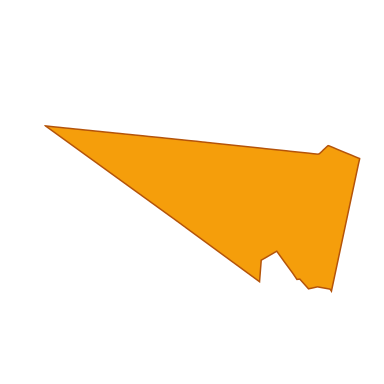 an SVG outline of Hodh ech Chargui, rotated 282°
{"feature_id": "MRT-2796", "entity_name": "Hodh ech Chargui", "entity_type": "Region", "adm_level": 1, "iso_a3": "MRT", "parent_name": "Mauritania", "parent_adm1": "", "projection": "mercator", "projection_center": [-6.332, 19.309], "detail": "fine", "context": "isolated", "style": "filled", "palette": "amber", "viewbox_px": 384, "rotation_deg": 282, "n_neighbors": 0, "source": "natural_earth", "source_scale": "10m", "svg_char_len": 1834}
<svg xmlns="http://www.w3.org/2000/svg" viewBox="0 0 384 384"><g transform="rotate(282 192 192)"><path d="M226.2,34.9L226.6,38.9L227.1,44.0L227.7,49.1L228.2,54.2L228.8,59.2L229.3,64.3L229.9,69.4L230.4,74.4L231.0,79.5L231.5,84.5L232.1,89.6L232.6,94.6L233.2,99.7L233.7,104.7L234.3,109.7L234.8,114.8L235.4,119.8L235.9,124.8L236.2,127.2L236.8,132.6L237.3,137.9L237.6,140.4L238.1,144.8L238.7,150.0L239.2,155.2L239.8,160.4L240.3,165.5L240.9,170.7L241.4,175.8L242.0,181.0L242.6,186.1L243.1,191.8L243.4,194.2L243.6,196.6L243.9,199.0L244.1,201.4L244.5,205.2L244.9,209.0L245.3,212.8L245.7,216.6L246.1,220.4L246.5,224.2L246.9,228.0L247.3,231.8L247.7,235.6L248.1,239.4L248.5,243.2L248.9,247.0L249.3,250.7L249.6,254.3L250.0,258.0L250.4,261.7L250.8,265.4L251.2,269.0L251.6,272.7L252.0,276.4L252.3,280.0L252.7,283.7L253.1,287.4L253.5,291.0L253.9,294.7L254.3,298.4L254.6,302.0L255.0,305.7L255.2,307.3L255.5,307.9L255.9,308.6L257.4,309.7L258.8,310.7L260.6,311.8L262.1,312.9L263.7,314.0L265.2,315.1L265.4,315.3L265.6,315.5L265.6,315.8L265.7,316.0L265.5,317.2L264.8,321.1L264.0,324.9L263.3,328.7L262.6,332.5L261.9,336.4L261.2,340.4L260.4,344.3L259.7,348.2L259.7,348.4L259.6,348.5L259.6,348.8L259.6,349.0L259.4,349.1L253.3,349.0L248.1,349.0L245.6,349.0L243.0,349.0L240.2,349.0L237.2,349.0L232.0,349.0L228.2,349.0L226.4,349.0L220.6,349.0L214.4,349.0L208.1,349.0L201.6,349.0L195.0,349.0L188.3,349.0L181.7,349.0L175.1,349.0L168.6,349.0L162.3,349.0L156.1,349.0L150.3,349.0L144.7,349.0L139.5,349.0L136.2,349.0L133.1,349.0L130.2,349.0L127.6,349.0L124.0,349.0L124.1,348.9L124.3,348.7L125.7,347.2L125.3,334.4L123.1,329.7L121.5,326.1L129.2,315.6L128.3,312.8L133.8,307.1L136.3,304.3L142.8,297.0L151.7,287.2L145.1,279.9L139.7,273.9L118.3,276.7L163.4,176.7L163.9,175.5L225.9,35.6L226.1,35.0L226.2,34.9Z" fill="#f59e0b" stroke="#b45309" stroke-width="1.5"/></g></svg>